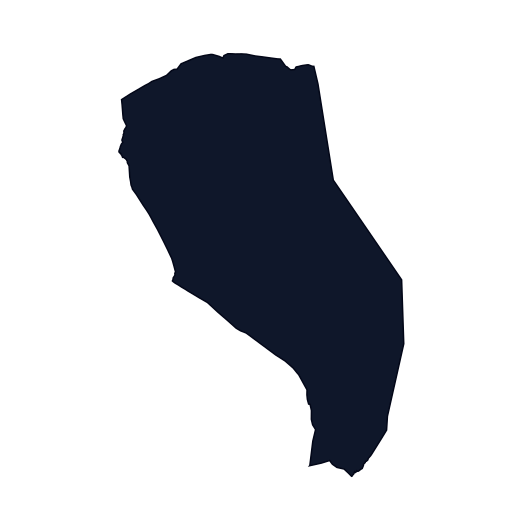 San Juan Ñumí, Oaxaca, Mexico (Equal Earth projection), rotated 191°
{"feature_id": "50627088B11336347088120", "entity_name": "San Juan Ñumí", "entity_type": "district", "adm_level": 2, "iso_a3": "MEX", "parent_name": "Mexico", "parent_adm1": "Oaxaca", "projection": "equal_earth", "projection_center": [-97.725, 17.437], "detail": "fine", "context": "isolated", "style": "filled", "palette": "ink", "viewbox_px": 512, "rotation_deg": 191, "n_neighbors": 0, "source": "geoboundaries", "source_scale": "gbopen_adm2", "svg_char_len": 2699}
<svg xmlns="http://www.w3.org/2000/svg" viewBox="0 0 512 512"><g transform="rotate(191 256 256)"><path d="M333.3,215.6L332.2,214.9L330.1,213.9L328.3,213.3L326.6,212.7L323.2,211.3L318.9,209.8L316.0,208.6L303.0,203.9L294.8,201.1L282.5,193.5L272.0,187.5L261.6,181.3L256.8,179.6L253.3,179.0L250.9,178.5L234.8,170.8L217.7,162.6L207.4,158.5L202.7,155.8L198.1,153.1L193.1,148.9L191.5,147.7L183.6,138.2L180.4,134.4L179.5,129.3L178.2,125.0L176.1,120.7L174.6,120.7L172.1,114.9L170.5,106.2L168.2,101.1L164.4,97.0L164.9,85.1L163.5,65.2L163.2,60.6L163.3,60.4L152.3,65.2L144.7,69.3L141.3,66.2L136.2,63.9L128.9,63.7L123.8,60.5L121.9,59.2L120.2,58.0L119.5,58.5L119.2,59.8L118.6,60.4L118.1,63.0L117.4,62.3L116.2,63.5L116.3,64.5L116.2,64.5L115.5,64.0L114.5,64.3L113.3,65.5L113.0,66.1L111.2,67.7L110.6,70.8L110.7,72.2L109.4,74.1L109.4,75.4L108.6,75.5L107.4,77.0L107.1,78.9L105.4,81.8L105.0,82.7L104.5,83.9L98.1,100.6L94.6,110.0L96.4,123.8L94.2,198.0L108.5,260.4L116.7,268.5L177.4,328.3L194.6,345.2L228.0,436.7L235.4,453.2L236.6,453.0L237.9,453.1L240.9,453.7L242.0,453.5L246.6,451.9L248.5,451.1L250.3,450.2L251.3,449.8L252.3,449.4L252.9,448.9L253.2,447.5L253.7,446.4L256.7,445.5L257.5,445.4L258.3,445.6L261.7,447.6L263.1,447.8L269.7,454.0L272.3,453.6L278.8,453.2L287.8,452.7L294.8,452.2L303.9,452.3L308.9,451.6L314.6,450.4L318.2,449.9L322.2,449.2L325.7,446.6L326.2,444.1L328.2,444.4L330.2,444.9L336.9,445.5L338.7,445.3L340.2,444.7L344.6,443.1L352.9,439.4L366.2,430.4L369.2,424.2L372.0,423.6L374.5,421.6L378.3,416.2L385.0,411.4L391.5,407.5L394.2,404.8L397.4,402.3L410.0,391.3L417.8,383.9L416.3,378.9L413.8,369.8L412.5,365.4L410.6,362.8L407.9,359.2L408.1,357.9L408.2,357.3L408.9,355.9L409.4,354.0L409.6,353.6L409.4,352.8L409.2,352.2L409.1,351.3L409.1,351.1L409.5,349.8L409.2,349.1L409.5,346.0L409.6,345.6L409.7,344.7L409.7,344.1L408.4,342.0L408.9,341.3L409.6,339.9L409.7,338.8L410.0,337.8L410.0,336.7L410.2,335.4L410.2,334.4L410.5,333.8L410.5,333.2L410.5,332.5L410.1,331.7L409.8,331.5L409.5,331.3L409.3,331.4L408.8,331.0L408.7,330.8L408.4,330.8L408.2,330.8L407.8,329.9L406.8,329.1L406.7,329.0L406.1,327.8L405.7,327.4L405.1,327.7L404.9,327.6L403.6,327.0L402.8,326.7L402.3,326.3L401.9,326.1L401.7,326.0L401.4,325.6L400.9,325.0L400.6,324.8L400.3,324.0L400.2,323.6L400.2,323.4L400.0,323.2L399.9,322.8L397.8,320.3L397.7,319.9L395.0,309.5L393.2,304.9L392.2,301.9L390.5,299.2L390.2,298.3L388.9,297.0L385.2,293.6L376.2,284.1L372.3,280.3L370.3,278.2L368.9,276.7L366.3,273.6L363.6,270.2L357.7,263.2L349.6,252.8L346.2,248.3L344.0,245.4L342.4,243.2L339.1,238.7L338.5,238.0L336.8,234.9L334.3,229.9L331.9,224.9L332.4,223.7L331.9,221.7L333.1,218.8L333.0,216.8L333.3,215.6Z" fill="#0f172a" stroke="#020617" stroke-width="1.5"/></g></svg>